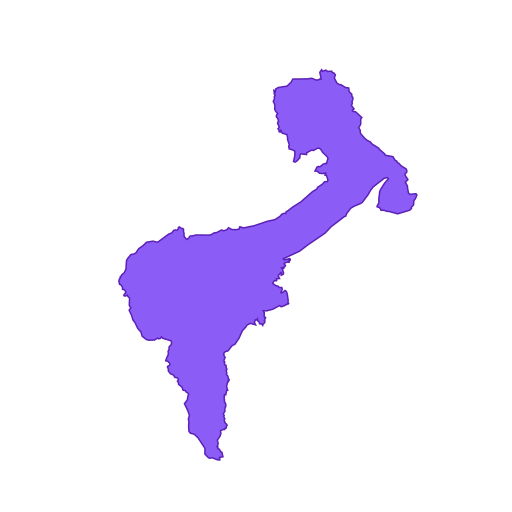 San Luis, Tolima, Colombia (Albers equal-area conic projection), rotated 31°
{"feature_id": "7082276B12035827893700", "entity_name": "San Luis", "entity_type": "district", "adm_level": 2, "iso_a3": "COL", "parent_name": "Colombia", "parent_adm1": "Tolima", "projection": "albers", "projection_center": [-75.105, 4.126], "detail": "fine", "context": "isolated", "style": "filled", "palette": "violet", "viewbox_px": 512, "rotation_deg": 31, "n_neighbors": 0, "source": "geoboundaries", "source_scale": "gbopen_adm2", "svg_char_len": 6108}
<svg xmlns="http://www.w3.org/2000/svg" viewBox="0 0 512 512"><g transform="rotate(31 256 256)"><path d="M186.0,104.8L188.5,108.0L189.7,108.3L189.6,110.0L190.8,111.6L191.2,114.7L193.3,115.9L195.0,117.8L196.4,120.6L198.5,121.9L201.1,122.7L201.0,124.4L201.6,126.1L204.1,127.1L206.0,129.0L205.8,130.4L206.3,131.3L209.6,133.5L209.3,135.6L210.7,136.3L211.9,137.6L212.9,137.3L212.6,135.6L215.3,137.2L219.9,136.0L222.4,138.6L222.8,139.7L227.3,143.5L227.4,144.9L229.2,147.1L232.8,146.2L235.3,146.1L237.6,150.0L239.5,155.7L241.3,155.3L242.3,153.0L243.0,149.2L241.7,146.8L241.9,145.3L247.1,143.0L246.3,141.4L249.2,136.5L250.9,136.0L253.1,132.1L254.9,130.9L257.8,131.7L259.5,132.8L265.8,134.2L267.4,135.2L268.8,140.6L267.7,141.0L266.2,142.8L264.9,146.6L263.5,147.0L262.5,148.3L262.8,152.8L264.7,151.8L267.9,152.3L270.6,151.1L272.6,149.2L273.2,149.1L273.4,151.1L274.8,150.6L278.4,153.7L278.9,155.4L276.5,157.0L275.9,160.2L273.5,165.2L273.6,167.4L271.3,171.7L266.5,186.7L262.3,195.0L259.7,201.7L259.0,202.4L259.6,204.2L258.0,205.0L256.6,206.9L256.1,209.7L253.4,215.2L247.9,220.3L238.8,231.0L230.9,238.3L227.2,239.2L227.0,239.7L227.8,241.5L225.5,243.6L221.6,245.8L217.9,245.9L217.6,248.1L216.8,249.4L215.2,251.1L213.4,251.3L212.8,251.8L210.3,256.1L208.3,257.6L206.6,260.7L205.1,262.2L193.7,268.9L191.2,271.5L189.6,272.5L189.0,273.4L189.2,274.9L188.1,277.5L184.9,276.5L183.5,275.3L182.8,273.8L180.7,271.7L180.3,270.5L179.1,270.1L177.9,270.7L175.2,270.6L174.8,271.3L175.3,272.6L175.2,274.6L173.4,275.2L172.2,276.6L172.0,279.5L169.9,282.1L164.9,294.2L164.1,295.1L160.1,296.3L155.1,300.5L153.8,305.3L151.7,310.2L151.4,315.4L150.3,317.2L148.0,319.2L147.2,325.0L147.5,327.0L151.2,334.0L151.7,338.1L150.6,341.4L150.7,343.0L150.3,343.8L151.1,344.7L150.7,345.8L151.4,348.2L153.7,350.6L154.7,350.2L157.4,351.4L158.8,353.3L160.6,352.7L162.7,353.7L163.1,354.1L162.8,357.0L163.2,358.0L164.5,357.8L165.9,355.8L166.9,356.6L169.3,357.2L172.4,362.9L173.3,364.0L175.4,364.9L175.1,367.3L175.4,368.0L179.9,370.9L183.3,374.1L186.9,375.6L191.6,378.8L196.8,380.6L199.7,383.4L205.2,384.1L207.6,383.3L212.3,380.3L213.9,377.0L215.1,377.2L216.3,376.2L216.7,374.0L218.5,374.6L226.8,372.4L228.6,374.2L228.9,375.8L228.3,378.5L229.6,381.0L229.7,382.9L231.4,385.2L232.4,392.1L233.0,392.4L234.3,391.6L237.1,392.4L237.9,393.1L238.2,394.5L237.2,395.7L237.2,396.7L239.3,398.2L239.9,399.6L241.0,400.1L243.5,401.0L246.7,400.5L248.9,401.9L250.4,401.2L252.1,401.1L253.4,402.4L253.1,403.8L254.7,404.5L255.7,405.9L260.2,406.6L262.6,408.6L264.7,407.8L266.0,408.5L269.0,408.7L269.5,409.3L269.6,410.6L271.2,414.7L270.7,419.4L277.6,424.0L281.0,426.9L282.0,430.6L284.0,432.9L285.8,436.5L288.9,440.9L291.0,441.7L294.0,440.8L295.6,440.7L299.9,441.7L310.8,446.9L311.7,447.8L314.2,452.1L319.1,453.4L320.6,453.2L322.1,451.6L328.2,450.5L330.0,449.5L329.7,448.7L328.6,448.1L328.5,447.4L331.1,445.1L327.7,441.7L326.6,442.0L324.0,440.5L322.5,440.8L321.6,439.2L320.8,439.5L320.3,436.4L317.7,433.7L318.0,428.8L317.2,426.0L315.5,424.1L317.2,421.7L318.5,420.9L318.0,420.2L319.1,418.7L318.3,417.2L318.5,416.1L317.8,415.4L315.2,415.0L314.8,414.2L313.3,413.2L313.1,411.6L311.1,410.3L310.9,409.1L309.7,408.4L309.2,407.5L309.4,405.2L307.8,402.7L307.6,400.7L306.8,399.0L305.1,397.6L304.0,397.3L303.1,395.5L301.6,394.1L301.6,393.2L300.4,391.5L300.5,390.9L301.6,390.6L300.0,386.1L300.8,385.6L298.1,383.1L297.6,382.0L296.6,378.6L297.0,378.2L296.5,377.5L297.0,377.0L296.7,375.7L295.8,375.8L293.8,373.5L291.7,372.7L291.1,371.2L289.2,369.2L289.4,368.0L287.9,367.0L286.6,365.1L285.3,365.4L284.0,364.1L283.9,363.0L282.7,362.6L282.1,361.4L281.8,358.9L280.1,358.0L278.5,356.2L278.9,353.8L280.8,351.9L281.7,345.2L283.4,342.4L283.8,335.4L282.8,327.0L283.9,322.0L283.8,320.0L285.8,316.7L291.1,315.2L288.9,313.8L288.3,311.0L289.5,310.5L289.6,309.2L290.5,310.6L292.5,310.9L293.7,312.0L294.5,312.2L296.0,311.3L297.5,312.0L297.1,310.6L297.5,310.1L297.7,308.0L296.4,307.1L296.7,306.3L295.7,305.2L296.1,304.0L294.1,303.5L292.3,300.3L290.4,299.2L293.4,297.5L297.8,293.0L301.7,286.4L303.6,286.6L304.4,285.9L305.0,284.7L306.1,284.0L306.4,282.6L307.3,281.9L307.4,281.0L308.2,280.8L308.4,279.9L307.6,279.6L306.3,277.3L302.4,272.5L300.2,270.7L298.5,270.7L297.6,273.4L296.7,274.7L296.1,274.3L295.6,270.9L294.3,269.7L292.3,271.0L290.2,270.5L288.6,271.2L284.6,270.9L284.2,269.5L284.6,267.5L286.3,266.7L286.2,265.9L285.2,265.0L287.8,263.2L285.2,261.5L285.8,257.4L286.3,257.4L287.5,259.5L288.8,257.6L288.4,256.3L286.2,254.4L285.6,253.4L283.9,253.1L284.4,252.4L285.8,252.4L286.2,252.0L285.6,250.8L286.2,250.2L286.2,249.0L284.2,248.1L284.0,247.5L285.9,245.2L287.7,244.1L287.5,243.6L286.3,243.4L286.5,242.6L287.4,242.1L287.1,241.1L286.0,240.9L282.7,244.5L281.5,244.7L280.8,244.3L290.9,229.4L294.8,219.6L303.5,200.6L305.3,192.2L311.5,176.6L312.4,175.7L311.9,172.9L312.6,166.3L314.4,162.9L318.3,157.6L319.5,155.3L320.5,145.8L320.4,140.3L320.9,136.3L325.9,123.3L328.1,121.2L329.7,121.6L328.7,127.4L328.5,134.9L328.9,137.1L331.9,143.9L333.9,146.9L334.1,151.0L334.5,151.5L336.7,150.9L338.4,151.5L339.2,152.3L340.1,152.2L342.3,150.8L344.8,150.5L347.1,149.3L355.7,146.9L363.7,138.1L364.6,136.6L364.7,134.9L364.2,134.6L364.1,133.8L364.8,131.2L362.9,127.4L363.1,124.6L362.5,120.9L361.0,120.2L356.3,123.8L354.4,123.6L350.6,119.4L349.9,118.1L346.0,115.8L346.9,112.3L342.0,109.8L341.5,108.6L342.1,106.7L341.3,105.1L339.8,104.0L334.1,104.0L330.5,102.9L329.4,103.2L327.8,102.2L325.7,102.2L322.2,100.3L314.8,103.1L313.8,102.2L307.1,101.1L305.9,100.4L297.6,100.2L295.3,99.3L291.9,99.6L288.8,99.2L283.0,97.3L281.6,96.3L280.7,94.6L278.0,93.2L277.9,89.1L275.4,85.0L275.4,82.8L267.1,81.1L265.0,82.0L263.7,81.8L263.5,80.9L264.3,80.0L264.2,79.4L260.3,77.8L259.9,75.5L258.9,74.4L258.2,71.4L257.2,70.1L256.0,69.8L254.8,68.0L251.1,67.1L249.0,64.2L245.9,65.5L240.7,65.4L238.6,66.2L236.4,66.1L231.9,63.4L231.3,62.5L230.8,59.9L228.5,59.0L227.0,59.5L225.7,58.6L222.1,61.0L220.1,60.7L218.0,63.4L216.3,62.5L216.1,65.7L220.8,70.8L219.4,71.5L218.8,72.9L216.6,74.3L212.9,74.8L211.4,75.5L209.3,77.4L196.4,85.4L196.6,88.7L195.1,94.4L188.2,100.2L186.9,102.7L187.9,105.3L186.9,104.7L186.0,104.8Z" fill="#8b5cf6" stroke="#5b21b6" stroke-width="1.5"/></g></svg>